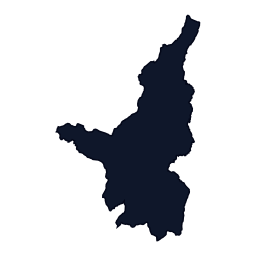 the district of Natividade, Tocantins, Brazil
{"feature_id": "56859067B45989324598243", "entity_name": "Natividade", "entity_type": "district", "adm_level": 2, "iso_a3": "BRA", "parent_name": "Brazil", "parent_adm1": "Tocantins", "projection": "robinson", "projection_center": [-47.662, -11.727], "detail": "fine", "context": "isolated", "style": "filled", "palette": "ink", "viewbox_px": 256, "rotation_deg": 0, "n_neighbors": 0, "source": "geoboundaries", "source_scale": "gbopen_adm2", "svg_char_len": 5909}
<svg xmlns="http://www.w3.org/2000/svg" viewBox="0 0 256 256"><path d="M197.9,22.2L190.9,19.2L190.1,18.1L189.3,16.3L187.9,15.4L187.3,15.8L186.7,16.5L186.6,18.8L185.9,21.2L186.0,22.0L185.1,23.4L185.0,24.9L184.3,26.9L183.6,27.3L182.7,28.2L182.4,28.9L182.2,32.9L181.8,33.8L180.6,35.0L179.2,37.7L177.6,38.8L177.2,39.9L176.6,40.6L175.7,40.5L171.9,44.6L168.5,45.2L167.2,46.1L166.2,45.6L165.2,44.7L164.3,44.5L162.9,45.1L163.3,45.6L163.3,46.4L162.8,46.8L162.6,47.5L161.2,47.7L160.7,48.2L160.7,51.4L159.5,54.8L159.1,57.4L158.1,59.3L157.3,59.9L156.6,61.2L155.1,62.4L154.4,62.7L153.8,61.4L153.2,61.8L150.8,61.8L146.2,65.8L144.6,66.8L144.1,67.5L143.4,69.2L142.6,69.5L141.9,70.8L142.2,72.6L141.9,73.4L142.1,74.1L141.3,74.6L139.4,74.7L139.0,75.5L138.9,76.3L138.4,76.7L139.0,78.3L139.2,80.1L140.4,81.3L140.5,82.1L140.2,83.8L140.7,84.3L142.0,84.7L143.5,85.5L144.3,86.6L144.6,88.4L144.3,90.1L144.5,90.7L143.6,91.9L143.1,93.5L142.5,94.3L141.9,96.7L141.4,97.4L140.2,97.7L139.8,98.1L138.4,100.5L137.8,103.7L137.9,105.8L138.9,107.3L137.9,111.1L136.5,112.8L135.8,112.9L134.5,113.8L133.2,114.0L131.8,114.7L130.5,116.2L128.7,117.3L127.4,118.6L125.0,119.7L124.8,120.4L123.5,120.7L122.1,121.7L121.0,123.8L121.2,124.4L119.3,125.4L118.0,126.6L117.9,127.5L117.4,128.0L116.2,128.6L114.6,128.8L114.1,129.7L113.7,131.5L113.2,132.4L113.1,133.5L112.4,134.1L112.6,134.9L112.2,135.4L111.6,135.8L109.4,135.4L107.7,134.1L106.9,134.1L105.9,133.4L99.4,131.3L96.8,129.7L95.6,129.3L94.0,129.6L92.6,131.6L91.7,131.9L87.9,132.1L85.4,130.8L84.6,129.6L84.5,128.9L83.4,127.7L83.4,126.0L78.3,123.9L77.6,123.9L77.1,124.4L77.0,125.4L76.0,126.7L75.2,126.8L73.7,126.6L72.4,125.9L71.2,125.8L69.4,123.9L67.8,123.5L65.7,124.4L64.3,125.6L63.3,126.1L60.9,126.7L60.1,127.2L58.3,126.8L58.2,127.8L57.6,128.0L57.1,129.6L57.2,130.5L56.4,131.8L58.1,132.1L60.0,134.4L60.2,136.0L59.9,137.7L60.5,138.8L61.1,139.5L62.0,139.5L62.6,138.7L63.2,138.5L64.0,138.6L64.8,139.1L65.3,140.0L68.4,141.2L68.2,142.0L69.0,142.0L69.4,141.2L70.8,140.9L72.1,139.6L72.7,139.8L73.3,140.4L74.6,140.7L74.0,142.5L74.0,143.4L75.5,143.5L75.7,144.4L75.5,145.4L77.1,146.3L76.6,148.3L76.9,149.4L78.3,150.1L78.9,150.8L79.1,151.9L80.0,152.5L80.8,152.4L83.4,153.4L83.7,154.0L84.4,154.6L86.6,155.9L87.1,156.8L87.8,157.3L89.2,157.5L90.6,158.2L91.4,158.3L92.9,159.4L98.4,160.0L101.6,161.6L103.3,163.3L103.8,164.3L104.3,166.7L104.8,167.4L105.0,168.1L106.2,168.9L106.7,171.8L106.8,172.8L106.4,173.3L105.8,176.6L106.2,177.6L106.9,178.3L107.8,178.4L108.4,180.2L108.2,181.1L106.3,184.3L106.1,186.7L106.3,187.7L106.1,188.9L105.4,190.6L102.9,195.0L102.8,196.1L102.8,197.3L104.2,197.4L105.2,198.4L105.4,199.5L105.4,200.7L106.3,204.2L108.4,206.7L109.5,210.1L110.1,210.7L110.7,210.7L112.5,208.5L114.2,208.4L114.7,206.7L115.4,206.3L116.2,205.9L117.0,206.0L118.3,204.6L119.3,204.5L119.9,204.0L122.3,203.3L124.2,201.0L124.1,203.1L125.5,205.7L125.2,210.8L124.5,212.5L123.9,213.3L122.8,213.5L121.7,214.7L119.4,216.5L118.4,218.1L118.0,219.0L116.5,221.2L116.4,222.1L116.0,222.7L116.9,224.3L117.6,224.8L117.7,225.8L117.4,227.0L120.2,224.7L121.1,222.9L121.7,222.6L122.8,223.5L125.4,224.2L127.0,224.0L128.3,224.5L129.6,224.5L130.4,225.0L131.3,226.6L132.6,227.1L134.0,226.8L134.7,226.2L135.8,224.7L137.8,224.6L140.0,223.9L143.0,224.4L143.8,224.1L145.7,222.5L146.5,222.2L147.2,222.3L147.8,222.9L148.0,223.7L148.0,225.8L148.6,226.8L149.6,227.8L150.3,231.0L151.5,233.8L151.9,234.3L153.4,234.7L156.7,236.5L157.0,240.6L157.7,240.6L160.2,239.0L161.2,238.1L162.8,237.3L165.4,235.1L166.0,234.4L166.2,231.7L166.9,230.8L167.9,230.5L170.2,231.4L171.1,231.2L172.9,231.6L173.4,232.2L174.8,232.8L175.9,235.0L177.5,234.7L178.9,235.0L179.5,234.8L180.7,233.5L180.8,231.8L180.5,231.1L180.9,230.3L181.8,229.8L181.9,228.7L181.7,227.1L181.7,224.6L182.0,223.9L181.8,223.1L181.9,222.3L182.5,222.0L183.0,221.0L183.3,217.4L183.7,215.5L183.1,212.4L184.1,210.7L184.2,208.7L183.8,207.2L184.1,205.8L184.6,205.2L184.8,203.6L185.4,202.7L186.7,198.6L187.4,197.7L187.9,195.5L189.2,192.7L189.3,191.1L189.0,190.4L189.1,189.5L186.1,186.5L184.8,184.8L183.9,183.0L182.2,182.4L181.1,181.0L180.4,181.1L179.8,180.8L179.7,179.8L178.3,178.9L178.9,177.1L177.7,175.0L175.1,173.1L174.6,172.4L173.2,171.9L172.6,172.0L171.8,172.6L170.2,171.9L168.7,170.8L167.9,170.7L167.8,168.6L168.5,166.7L169.1,166.1L169.0,165.3L169.3,164.0L170.4,163.1L170.5,162.4L171.2,162.5L173.0,162.1L173.9,162.3L174.2,161.1L173.6,160.1L174.1,159.7L175.0,159.8L175.8,159.4L176.2,158.7L176.3,157.9L176.2,156.0L176.8,155.4L177.5,155.5L178.3,156.1L179.2,155.1L179.9,155.3L180.4,154.7L181.1,155.3L182.1,155.5L183.5,154.6L184.8,155.6L185.7,155.4L185.6,154.4L187.4,153.8L187.6,153.1L188.8,152.8L188.6,152.0L190.4,150.5L190.1,148.7L191.3,146.2L190.9,145.4L191.8,144.1L191.6,142.7L192.4,142.0L193.0,142.4L193.6,142.3L194.2,141.8L192.8,138.5L191.5,136.9L191.5,136.0L191.7,135.2L191.5,134.3L191.0,133.0L189.6,131.1L189.5,129.5L188.9,129.3L188.4,126.8L188.0,126.1L187.3,126.1L187.4,125.1L187.2,124.1L187.8,122.3L188.5,121.7L189.5,122.3L189.9,121.6L189.4,120.7L189.3,119.4L190.2,119.6L190.2,118.6L190.6,116.6L190.2,115.1L191.1,113.9L190.8,113.3L191.6,111.7L192.1,111.3L192.3,108.5L191.4,106.3L190.8,106.3L191.1,105.5L191.0,104.7L188.8,102.6L189.2,101.6L190.5,100.7L190.7,99.9L190.6,99.2L192.0,97.8L191.4,95.8L191.7,94.6L192.6,94.7L194.1,91.6L193.8,91.0L193.8,89.9L192.9,89.5L192.8,87.6L192.0,87.2L191.6,86.2L189.8,85.1L189.4,84.4L187.9,84.3L187.2,83.6L186.8,84.1L186.1,84.2L185.8,83.4L186.4,82.0L186.3,81.2L185.6,80.7L184.0,80.5L183.0,79.2L183.3,78.6L183.6,75.6L184.0,75.1L184.2,71.8L183.3,70.8L182.9,69.9L182.1,66.8L182.2,65.8L183.0,64.4L182.7,62.1L183.7,61.6L184.4,60.1L185.0,59.7L184.3,57.2L184.7,56.3L184.9,54.3L186.7,53.1L186.0,51.6L186.5,50.8L186.8,49.3L189.3,45.0L190.8,44.6L191.0,43.8L193.2,41.0L194.5,38.6L194.8,36.9L195.8,35.9L197.8,31.7L198.0,30.7L197.6,29.7L197.8,28.9L198.3,28.5L199.4,25.3L199.4,23.6L199.6,22.9L199.3,22.3L198.7,22.0L197.9,22.2Z" fill="#0f172a" stroke="#020617" stroke-width="1.5"/></svg>